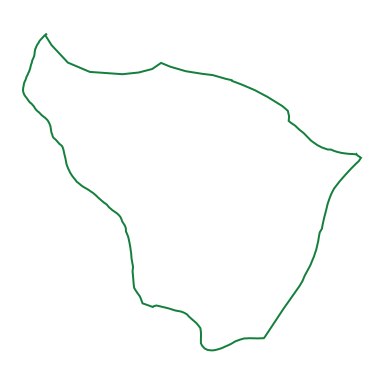 Marisule/Bon Air, Gros Islet, Saint Lucia
{"feature_id": "8701671B87551920719887", "entity_name": "Marisule/Bon Air", "entity_type": "district", "adm_level": 2, "iso_a3": "LCA", "parent_name": "Saint Lucia", "parent_adm1": "Gros Islet", "projection": "mercator", "projection_center": [-60.973, 14.051], "detail": "fine", "context": "isolated", "style": "outline", "palette": "green", "viewbox_px": 384, "rotation_deg": 0, "n_neighbors": 0, "source": "geoboundaries", "source_scale": "gbopen_adm2", "svg_char_len": 4327}
<svg xmlns="http://www.w3.org/2000/svg" viewBox="0 0 384 384"><path d="M46.8,33.6L46.3,34.0L45.0,35.1L44.4,35.7L43.9,36.1L43.5,36.6L42.4,37.8L39.6,40.8L39.1,41.9L38.8,42.4L37.3,44.6L36.9,45.4L36.7,45.8L36.3,46.7L36.0,47.6L35.7,48.1L35.3,48.9L35.2,49.5L34.8,51.1L34.7,52.3L34.6,53.4L34.5,53.9L34.4,54.4L34.4,55.0L34.3,55.5L34.1,56.2L33.8,56.9L33.5,57.7L33.2,58.4L32.8,59.2L32.6,59.6L32.3,60.5L32.1,61.1L32.0,61.7L31.9,62.2L31.7,62.9L31.3,63.9L31.0,64.9L30.8,65.5L30.7,66.0L30.5,66.8L30.4,67.4L30.3,68.0L30.1,68.6L29.7,69.8L29.5,70.4L29.3,71.0L29.0,71.7L28.7,72.3L28.4,72.8L28.1,73.7L27.7,74.6L27.4,75.2L27.1,75.7L26.8,76.3L26.3,77.4L26.2,78.1L25.9,78.8L25.5,80.0L25.2,80.5L25.0,81.0L24.6,81.7L24.5,82.2L24.3,82.6L24.1,83.2L24.0,83.9L23.7,84.8L23.7,85.3L23.6,86.3L23.4,86.9L23.2,87.6L23.2,88.1L23.0,89.3L23.1,90.3L23.1,91.0L23.2,91.6L23.4,92.4L23.6,93.0L23.9,93.8L24.1,94.3L24.5,95.1L24.9,95.7L25.3,96.3L26.6,97.9L27.5,99.2L28.4,100.6L28.8,101.1L29.5,101.9L29.8,102.4L30.6,102.9L30.9,103.2L31.7,103.9L32.1,104.4L32.5,104.8L33.0,105.4L33.3,105.7L33.6,106.1L34.3,107.0L34.6,107.7L35.0,108.4L35.3,108.7L36.0,109.7L36.5,110.2L37.0,110.7L37.9,111.5L38.4,111.9L39.2,112.5L39.9,113.3L40.6,114.0L41.1,114.6L41.8,115.3L42.5,115.8L43.5,116.6L44.4,117.3L45.1,117.7L45.7,118.4L46.2,118.8L46.6,119.3L47.3,119.9L47.8,120.6L48.1,121.1L48.6,122.0L49.0,122.6L49.3,123.4L49.6,124.0L49.9,124.8L50.2,125.4L50.4,126.2L50.5,126.7L50.6,127.3L50.7,127.9L50.8,128.8L50.9,129.4L51.0,130.0L51.1,130.6L51.2,131.2L51.3,131.7L51.5,132.8L52.2,134.4L52.6,136.1L53.1,137.3L53.7,137.9L54.2,138.4L54.7,138.8L55.5,139.5L56.3,140.3L56.6,140.6L56.9,141.0L57.3,141.5L57.9,142.2L58.3,142.6L59.4,143.9L60.3,144.5L61.3,145.4L61.8,145.9L62.4,146.7L63.0,148.4L63.4,149.6L63.6,150.5L63.7,151.1L63.9,152.0L64.1,152.6L64.3,153.9L64.6,155.2L64.9,156.4L65.2,157.3L65.4,158.4L65.6,159.1L65.7,159.9L65.9,160.7L66.0,161.3L66.2,162.5L66.5,164.1L66.7,164.6L67.0,165.5L67.5,166.8L68.1,168.4L68.7,169.6L69.2,170.6L69.9,172.1L70.1,172.6L70.6,173.4L71.3,174.4L71.7,175.2L72.3,176.0L73.8,178.0L75.5,180.0L76.6,181.6L78.0,182.7L78.7,183.2L80.9,185.1L81.7,185.7L83.1,186.7L83.6,187.0L85.0,187.8L87.1,189.0L88.6,189.9L91.1,191.7L92.7,192.7L94.9,194.5L95.6,195.1L97.4,196.8L98.7,198.1L100.0,199.2L101.7,200.7L103.4,202.1L103.8,202.5L105.6,203.7L106.5,204.4L106.9,204.7L108.6,206.8L109.0,207.2L109.4,207.6L110.2,208.3L111.3,209.2L112.4,210.2L113.6,211.0L114.9,211.9L115.7,212.4L117.5,213.8L118.4,214.7L119.1,215.4L119.8,216.2L120.5,217.1L121.5,219.3L122.0,220.9L122.7,222.2L123.7,223.8L124.7,225.3L124.9,225.7L125.8,228.1L126.0,231.7L126.4,232.4L127.4,234.8L128.1,236.6L128.6,238.5L129.1,240.9L129.5,242.8L130.2,246.6L130.5,248.8L131.0,252.4L131.2,253.5L131.4,256.9L131.5,258.1L132.2,262.3L132.6,264.3L132.8,265.5L132.9,266.2L133.0,267.9L132.7,269.8L132.6,270.5L132.6,272.3L132.8,273.8L133.2,278.0L133.5,282.0L133.7,284.2L134.1,287.5L134.5,288.5L135.3,289.8L136.9,292.3L138.7,294.8L139.7,296.1L140.2,297.1L141.3,299.9L142.5,303.3L152.9,307.0L153.5,306.3L156.3,305.5L158.1,305.9L160.4,306.4L168.7,308.4L175.3,310.5L180.8,311.5L183.6,312.5L186.8,314.2L189.2,316.8L193.0,320.2L196.5,323.2L198.7,325.9L200.4,328.2L200.9,331.8L201.0,335.6L200.9,339.5L200.9,343.2L202.1,345.7L204.7,348.5L207.8,350.0L211.6,350.4L214.6,350.2L218.1,349.3L221.9,348.1L225.5,346.4L228.6,345.1L231.2,343.8L235.6,341.2L240.8,339.4L243.9,338.5L249.7,338.2L257.5,338.4L263.8,338.2L265.0,336.7L283.6,308.6L299.4,286.2L302.5,281.0L304.7,275.7L309.9,266.1L310.8,264.2L311.7,261.9L312.9,259.0L314.1,256.2L314.7,254.1L316.3,249.5L316.8,247.1L317.2,245.5L317.7,243.3L318.3,240.7L318.6,238.5L319.1,235.6L319.7,232.5L321.9,228.7L322.5,225.3L324.0,218.4L325.9,211.1L327.7,203.7L329.8,197.6L331.3,193.9L333.9,188.8L339.6,181.4L346.0,174.1L351.3,168.4L355.9,163.8L358.7,161.2L361.0,157.8L357.9,155.7L357.2,155.2L356.4,154.0L356.0,154.4L353.7,154.1L348.2,153.8L341.9,153.0L337.2,151.9L333.8,150.8L330.9,149.5L327.7,149.5L322.2,147.6L317.5,145.2L313.6,142.5L311.0,140.6L303.6,133.0L299.7,130.0L295.2,125.7L290.5,122.5L288.7,120.9L289.1,116.3L287.8,110.8L282.4,106.1L276.7,102.6L267.5,96.9L254.7,90.1L241.8,84.6L232.0,80.9L231.8,80.2L226.0,78.9L212.8,75.1L202.1,73.8L185.7,71.2L170.0,66.6L161.1,62.9L152.2,69.0L138.7,72.5L122.4,74.2L89.8,71.9L67.9,62.6L51.6,45.2L45.4,35.4L46.8,33.6Z" fill="none" stroke="#15803d" stroke-width="2"/></svg>